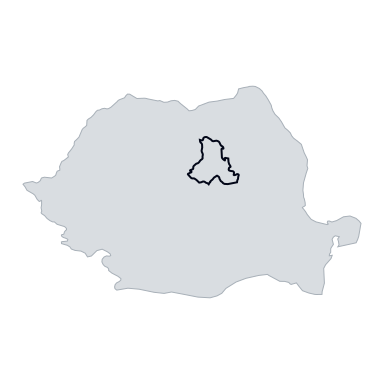 Harghita on a map of Romania (Equal Earth projection)
{"feature_id": "ROU-307", "entity_name": "Harghita", "entity_type": "County", "adm_level": 1, "iso_a3": "ROU", "parent_name": "Romania", "parent_adm1": "", "projection": "equal_earth", "projection_center": [25.588, 46.623], "detail": "fine", "context": "in_parent", "style": "outline", "palette": "ink", "viewbox_px": 384, "rotation_deg": 0, "n_neighbors": 0, "source": "natural_earth", "source_scale": "10m", "svg_char_len": 5634}
<svg xmlns="http://www.w3.org/2000/svg" viewBox="0 0 384 384"><path d="M307.3,214.6L311.2,219.4L316.0,221.9L327.1,224.6L328.1,224.3L328.2,223.8L327.4,223.1L327.3,222.2L327.8,221.1L329.3,221.0L331.9,222.0L336.6,220.6L343.5,216.8L350.0,216.0L355.9,218.3L359.0,220.9L361.0,223.4L360.4,226.5L360.1,228.4L358.7,236.4L357.7,239.4L356.1,242.8L337.8,246.8L339.0,244.9L338.5,241.5L337.7,239.0L339.3,236.7L335.2,235.8L333.4,237.1L332.1,239.3L333.4,244.4L331.5,247.2L330.7,248.7L330.7,252.4L329.5,254.0L329.3,255.8L332.2,255.3L331.0,258.6L325.6,264.7L323.7,268.4L324.4,283.1L322.1,291.8L322.0,294.4L316.1,294.5L314.4,294.3L308.8,293.0L302.5,290.7L298.8,286.1L296.4,282.9L291.2,284.4L290.2,284.0L288.7,282.4L284.7,281.4L279.8,281.3L268.8,275.4L267.5,274.4L258.9,275.4L246.0,278.3L236.1,282.0L225.9,288.4L221.8,293.3L217.0,295.9L210.1,297.8L197.9,297.1L185.2,294.6L171.5,292.0L164.1,293.4L154.1,292.3L139.1,289.2L127.9,288.2L116.8,290.1L115.0,288.7L114.6,287.0L115.1,284.7L116.6,282.9L119.3,281.5L120.8,280.1L120.9,278.6L118.0,276.3L111.9,273.1L109.4,271.1L108.7,270.6L108.6,268.8L107.4,267.4L105.0,266.4L103.2,264.6L101.9,261.9L102.2,259.3L104.1,257.0L106.5,255.9L109.4,256.2L110.7,255.6L110.2,253.9L107.4,251.8L102.2,249.2L96.9,250.6L91.4,256.0L87.5,256.9L85.2,253.2L81.0,251.1L75.0,250.4L71.3,249.0L69.9,246.9L67.3,245.3L61.5,243.6L61.4,241.9L62.4,241.6L64.5,241.4L67.3,241.1L67.7,240.1L67.8,239.3L65.6,238.2L63.4,237.5L62.2,236.7L61.5,235.9L61.4,235.1L62.1,234.5L63.0,234.5L63.9,234.0L64.4,232.0L65.6,230.4L66.5,229.8L66.5,228.6L65.6,227.5L64.4,226.5L62.6,226.0L57.1,224.3L54.4,221.9L52.6,221.9L49.9,220.6L47.1,218.5L44.6,215.6L41.9,213.8L41.2,213.0L41.2,212.3L41.7,211.5L41.7,210.6L41.1,207.8L41.6,204.8L41.6,202.0L41.6,200.7L41.1,200.3L40.6,200.8L39.9,201.3L39.2,201.4L37.2,199.4L34.8,195.2L33.1,193.8L29.8,191.9L27.0,190.3L25.1,186.9L23.0,184.2L24.5,183.1L32.6,181.5L36.3,183.0L38.0,182.5L39.7,181.2L40.6,180.2L40.8,179.2L41.7,177.9L44.4,177.2L51.6,178.0L54.6,176.2L55.7,175.2L56.4,173.0L57.2,171.2L59.8,170.2L59.8,168.6L59.5,166.8L61.1,162.9L62.0,161.3L63.5,160.7L65.3,159.4L68.4,156.9L67.7,154.6L68.4,153.0L71.7,148.9L74.2,145.0L74.2,143.1L74.6,141.4L76.7,139.5L79.0,137.1L82.2,129.5L83.3,128.2L85.2,126.8L86.7,125.4L87.0,120.4L88.4,119.0L91.0,117.4L93.6,114.8L95.8,111.8L97.4,110.3L99.6,110.0L101.9,108.8L104.5,108.3L107.0,108.9L108.6,108.6L111.1,107.1L117.3,101.5L118.2,100.4L119.5,99.7L124.5,97.8L125.8,95.8L127.5,94.1L129.7,94.2L136.9,98.5L144.6,98.2L146.0,98.4L146.5,98.5L147.4,98.8L157.7,100.9L159.3,100.7L159.7,100.5L163.9,102.3L167.5,102.1L171.0,100.8L174.6,100.4L178.0,101.2L180.5,103.6L187.0,108.8L189.0,110.8L192.0,110.5L195.3,109.5L198.7,106.0L209.1,102.1L217.0,101.1L224.7,99.5L233.6,98.4L236.2,95.2L237.6,93.0L238.6,88.9L243.4,87.7L247.9,86.9L249.5,86.4L252.9,86.2L255.4,86.5L259.4,88.5L262.2,91.1L263.4,93.1L265.8,95.9L268.3,99.9L271.2,105.2L271.8,107.9L272.9,110.8L275.0,114.3L279.0,118.2L279.5,119.0L281.4,121.7L284.9,127.9L287.8,130.3L290.4,133.0L291.6,135.7L293.5,138.1L297.8,141.4L301.3,144.3L304.2,152.8L306.2,156.8L307.5,159.8L307.0,165.8L307.8,168.4L306.2,173.2L303.5,182.8L302.9,190.4L303.5,194.6L303.6,197.2L304.3,198.9L305.1,202.4L305.3,205.5L304.3,206.3L302.8,207.1L302.3,207.7L303.6,209.1L305.5,211.6L307.3,214.6Z" fill="#d9dde1" stroke="#a8b0b8" stroke-width="1"/><path d="M227.8,184.1L224.5,183.9L223.5,183.4L222.8,182.9L222.6,182.5L222.2,182.1L220.8,181.1L220.6,180.8L220.4,180.4L219.5,178.8L219.4,178.3L219.3,177.9L219.2,177.5L219.0,177.1L218.6,176.7L217.6,176.0L217.1,175.7L216.6,175.8L216.2,176.1L215.8,176.5L214.6,177.2L214.0,177.6L212.7,179.3L212.2,179.8L211.5,180.3L210.2,181.6L210.0,181.9L210.1,182.3L209.7,182.5L208.7,184.3L207.7,183.3L206.1,182.8L205.6,182.5L205.0,182.0L204.2,181.6L203.6,181.5L203.0,181.5L201.1,182.3L199.2,182.6L196.4,179.9L194.5,178.6L193.9,178.4L192.3,178.4L191.6,178.2L190.9,177.7L188.1,174.6L187.9,174.2L188.0,173.9L188.2,173.7L189.0,173.4L189.3,173.2L189.6,173.0L189.9,172.8L190.7,172.6L191.1,172.4L191.4,172.1L191.4,171.6L191.1,171.3L190.1,170.7L190.1,170.4L190.4,170.1L192.6,169.3L193.0,169.0L193.2,168.6L193.3,166.9L193.5,166.4L193.8,165.9L195.9,164.0L196.3,163.7L197.9,163.2L198.4,162.8L198.9,162.4L200.2,160.6L200.7,160.1L202.2,159.0L202.5,158.5L202.6,158.1L202.5,156.9L202.6,156.0L202.8,155.0L202.8,154.4L202.7,154.0L202.6,153.6L201.8,151.8L201.6,150.7L202.2,147.6L202.1,144.9L202.0,144.2L201.7,143.6L201.4,143.2L200.6,142.5L200.3,142.0L200.1,141.6L199.9,139.9L201.2,140.3L201.6,140.4L202.2,140.3L202.6,140.2L202.9,139.9L203.1,139.5L203.2,139.1L203.2,138.7L203.3,138.3L203.7,137.8L204.2,137.4L204.9,137.1L205.8,137.0L206.4,137.0L207.0,137.2L211.0,139.6L211.4,140.0L211.7,140.4L212.1,140.8L212.7,141.1L213.3,141.2L214.0,141.1L214.5,141.0L216.4,140.7L217.2,140.9L218.2,141.3L218.7,141.6L219.2,142.1L219.6,142.8L220.2,144.1L220.6,144.9L221.2,145.7L222.4,146.4L222.9,146.9L223.2,147.3L223.4,148.1L223.4,148.5L223.1,148.7L222.4,148.6L222.1,148.6L221.8,148.7L221.6,148.9L221.5,149.3L221.5,149.8L221.9,157.3L222.1,157.9L222.4,158.4L222.9,159.0L224.1,160.0L224.5,160.3L224.9,160.3L225.0,160.0L225.0,159.6L224.7,158.6L224.7,158.2L225.1,158.0L225.4,157.9L228.3,158.5L228.5,161.9L229.1,164.0L229.5,164.7L230.0,165.4L230.5,166.3L230.5,166.8L230.2,167.1L229.7,167.3L229.2,167.7L228.9,168.3L228.7,169.6L228.9,170.2L229.4,170.6L230.9,171.0L232.8,171.2L233.3,171.5L233.8,172.0L234.0,172.6L234.0,173.1L233.8,174.2L233.7,174.8L234.0,175.1L234.5,175.1L235.5,174.9L236.8,174.2L237.4,174.1L237.9,174.2L238.5,174.5L238.7,174.9L238.7,175.3L238.3,176.5L238.2,176.9L238.0,178.8L237.9,179.2L237.4,180.0L237.3,180.5L237.0,182.3L227.8,184.1Z" fill="none" stroke="#020617" stroke-width="2"/></svg>